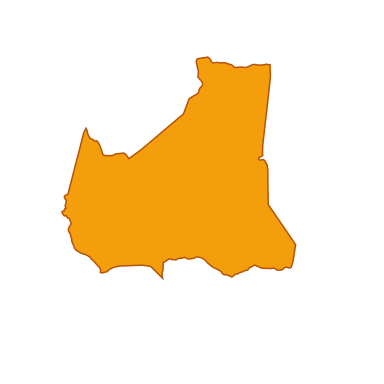 Guanambi, Bahia, Brazil, rotated 151°
{"feature_id": "56859067B56952710224851", "entity_name": "Guanambi", "entity_type": "district", "adm_level": 2, "iso_a3": "BRA", "parent_name": "Brazil", "parent_adm1": "Bahia", "projection": "orthographic", "projection_center": [-42.803, -14.19], "detail": "fine", "context": "isolated", "style": "filled", "palette": "amber", "viewbox_px": 384, "rotation_deg": 151, "n_neighbors": 0, "source": "geoboundaries", "source_scale": "gbopen_adm2", "svg_char_len": 3254}
<svg xmlns="http://www.w3.org/2000/svg" viewBox="0 0 384 384"><g transform="rotate(151 192 192)"><path d="M205.0,108.4L205.1,106.1L204.0,103.9L202.0,103.1L201.0,101.6L199.6,100.2L198.4,98.3L196.4,98.5L194.8,99.0L192.9,98.7L191.4,98.2L189.8,98.5L187.4,97.8L184.7,97.7L182.5,97.2L180.9,96.8L178.7,97.8L175.5,97.7L173.4,97.9L172.1,97.1L171.2,95.8L169.9,94.2L168.8,92.4L166.4,90.6L164.4,89.3L162.0,88.1L160.2,86.7L158.6,86.3L156.7,85.2L155.6,82.7L154.4,81.8L152.5,80.8L150.6,80.2L148.5,80.7L146.4,80.9L144.9,79.5L143.4,78.2L141.7,78.1L137.5,82.1L126.9,95.7L128.4,112.6L131.2,141.8L131.4,144.2L126.9,152.4L125.5,155.1L120.6,164.3L115.0,174.4L114.1,177.1L113.3,178.6L113.2,180.8L113.1,183.6L113.6,185.4L115.2,186.4L117.1,186.8L117.9,188.2L116.9,189.6L114.2,189.4L112.4,189.7L111.7,191.4L107.7,198.2L106.7,199.6L93.5,218.2L92.6,219.5L86.1,228.5L71.2,249.5L68.2,253.9L66.9,255.9L62.0,265.6L63.7,266.5L64.8,267.7L67.1,268.2L69.5,269.3L72.2,270.7L73.9,272.0L75.6,273.4L77.7,274.1L80.4,274.2L83.4,274.5L85.3,275.1L87.1,276.6L89.4,278.0L91.2,278.8L93.4,279.6L94.8,281.1L95.5,283.6L96.5,284.9L97.9,286.0L99.1,287.7L100.7,289.2L102.8,290.3L105.0,291.3L107.0,293.1L109.7,294.2L111.3,294.9L112.0,296.6L111.6,298.6L112.0,300.5L112.8,302.4L115.5,303.2L117.7,304.3L119.5,304.7L122.4,305.9L124.0,305.2L125.3,303.8L125.7,301.6L126.4,299.7L127.0,298.0L127.4,296.5L127.7,294.8L129.0,292.7L130.4,290.9L131.1,289.4L130.7,287.7L130.1,285.3L130.0,282.5L130.9,280.2L132.7,279.7L134.7,279.0L136.6,277.6L137.9,275.9L140.1,275.3L143.8,275.3L149.2,275.0L159.9,265.9L161.5,264.5L164.0,264.0L208.0,255.2L212.7,254.3L216.4,253.6L230.9,251.8L231.3,254.1L231.5,255.9L231.9,257.7L233.0,259.3L234.9,260.0L237.2,261.0L239.3,261.9L241.1,262.5L242.8,262.2L244.5,262.7L246.9,264.0L248.9,265.2L250.9,266.4L251.8,268.2L251.2,270.8L250.8,272.8L250.4,275.6L250.1,277.9L250.0,280.6L250.4,282.9L252.6,283.7L253.1,285.8L255.1,288.3L255.2,291.4L255.0,293.3L254.5,295.3L253.9,297.0L253.8,299.1L258.0,296.2L262.6,291.4L272.9,280.4L278.5,274.6L301.0,250.8L302.7,250.2L304.5,250.5L306.0,249.8L306.4,247.6L306.0,245.6L307.3,243.9L308.4,242.7L309.9,241.1L309.8,238.9L311.6,238.9L313.2,237.4L315.1,238.0L315.7,236.5L315.5,234.7L315.3,233.1L313.3,231.9L313.5,230.1L312.2,227.9L312.5,226.2L312.6,224.0L313.8,222.3L316.0,221.2L318.1,219.5L318.9,217.8L319.0,216.0L318.9,213.7L319.5,212.0L320.0,209.3L321.1,207.0L321.2,204.9L321.5,203.4L321.5,201.7L322.0,199.7L321.7,197.8L320.9,196.0L319.6,193.7L318.3,191.8L317.1,190.5L315.7,189.2L314.1,186.8L312.8,184.7L312.4,181.6L311.5,179.3L311.0,177.2L310.6,175.3L310.2,173.5L309.8,171.9L309.4,170.2L309.7,168.3L311.1,166.1L309.9,164.7L307.3,164.2L304.7,163.5L302.6,164.2L300.5,164.3L299.0,164.2L297.0,164.1L291.6,162.5L282.0,157.7L270.8,152.0L264.1,146.8L263.3,143.8L259.5,130.8L258.8,133.2L258.0,134.7L257.1,136.1L255.9,137.2L254.4,139.0L252.9,141.9L251.4,144.0L249.9,144.1L248.1,144.3L245.6,144.5L243.3,144.2L242.5,142.7L241.0,141.9L239.1,140.5L236.8,140.4L234.9,140.2L233.0,139.0L230.0,138.3L228.8,136.4L227.3,134.8L224.6,134.0L222.3,133.0L219.6,133.1L218.0,132.1L216.2,130.4L214.5,128.2L213.4,125.6L212.9,122.9L212.0,120.4L211.1,118.3L210.3,116.4L209.3,114.7L208.2,113.4L207.3,112.1L206.3,110.4L205.0,108.4Z" fill="#f59e0b" stroke="#b45309" stroke-width="1.5"/></g></svg>